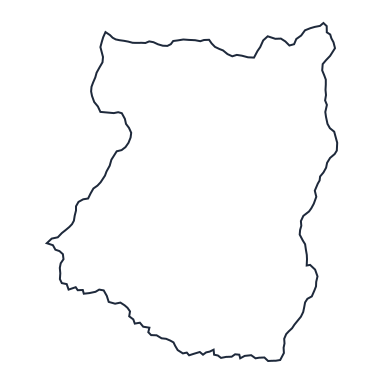 Dracena, São Paulo, Brazil (orthographic projection)
{"feature_id": "56859067B75593552832457", "entity_name": "Dracena", "entity_type": "district", "adm_level": 2, "iso_a3": "BRA", "parent_name": "Brazil", "parent_adm1": "São Paulo", "projection": "orthographic", "projection_center": [-51.588, -21.557], "detail": "fine", "context": "isolated", "style": "outline", "palette": "slate", "viewbox_px": 384, "rotation_deg": 0, "n_neighbors": 0, "source": "geoboundaries", "source_scale": "gbopen_adm2", "svg_char_len": 2859}
<svg xmlns="http://www.w3.org/2000/svg" viewBox="0 0 384 384"><path d="M326.7,26.1L323.4,23.0L320.0,25.9L314.8,26.9L310.3,28.2L305.0,30.3L301.2,35.5L296.3,39.0L294.1,44.2L289.4,45.5L285.3,41.4L280.9,38.6L275.3,38.8L267.7,36.3L263.2,40.4L260.2,47.1L257.5,51.0L254.0,57.6L248.0,57.3L241.9,55.7L236.8,54.9L232.3,56.3L227.5,54.1L223.0,50.4L219.4,49.0L215.0,46.9L211.6,43.4L209.1,39.8L204.0,40.0L200.3,41.2L195.1,40.2L188.8,39.9L183.3,39.5L177.8,40.4L173.2,41.0L170.8,44.2L167.4,45.9L162.8,45.7L158.0,44.3L153.5,42.2L149.2,41.4L145.4,43.0L141.5,42.8L137.4,42.9L132.7,42.8L128.2,41.6L123.9,40.8L119.5,40.2L115.7,39.4L112.6,37.7L110.0,35.1L105.5,32.1L103.2,37.2L101.9,41.5L100.4,47.1L103.0,57.0L102.5,62.3L99.3,67.8L96.6,72.7L95.3,77.4L93.1,82.5L91.5,86.8L91.1,91.4L92.0,95.9L94.2,102.0L97.9,106.5L100.4,111.9L113.8,113.1L118.2,112.2L121.8,113.2L124.9,118.9L126.0,123.9L129.0,127.9L131.2,132.8L130.6,137.5L128.5,142.8L125.5,147.1L121.6,150.1L116.7,151.3L111.4,159.7L109.7,165.7L106.5,171.5L105.0,175.6L100.6,182.3L97.5,185.6L93.4,188.5L90.6,193.4L88.1,198.5L83.2,199.3L78.5,201.9L76.0,206.3L76.0,210.5L74.7,215.7L73.9,220.7L72.0,224.2L69.3,227.0L66.2,229.6L61.8,233.1L57.8,237.3L51.7,238.6L46.8,243.2L52.9,245.2L55.4,249.7L59.5,251.1L62.9,254.2L63.5,259.2L60.7,263.3L59.8,267.9L60.3,273.3L59.9,279.1L61.8,283.1L66.7,284.1L68.6,289.6L75.7,287.2L77.7,290.2L82.8,290.0L83.8,293.7L89.3,293.1L95.5,291.8L99.2,289.6L103.7,290.4L106.8,295.9L108.7,301.9L115.1,303.7L120.4,302.6L124.6,305.3L127.5,307.8L130.0,311.4L129.2,316.3L133.3,319.4L134.8,323.6L139.9,322.7L143.2,326.7L149.4,327.7L148.3,332.2L151.1,335.1L156.6,335.3L161.6,338.3L166.1,338.8L170.3,340.6L173.5,342.4L175.2,345.9L177.7,350.1L182.9,353.4L186.8,352.6L189.1,355.3L193.8,353.8L199.8,352.0L203.0,354.7L206.1,352.4L209.7,351.6L213.6,349.7L214.1,354.7L217.9,355.5L221.0,357.9L226.1,356.9L231.7,356.7L235.1,354.3L239.3,354.7L240.2,358.3L244.7,355.9L251.2,355.2L255.5,358.3L259.1,357.7L264.4,357.5L268.1,361.0L271.7,360.8L276.0,360.7L280.2,360.0L283.9,353.0L283.6,347.7L284.5,343.5L284.2,338.8L286.2,334.1L288.7,331.4L292.1,328.2L294.4,324.7L297.4,321.0L300.9,316.7L303.2,312.0L304.1,307.7L305.1,302.4L307.4,298.8L311.8,296.4L314.3,290.7L316.0,286.4L316.2,281.9L317.5,276.4L315.1,269.6L310.1,264.9L306.7,265.5L307.0,259.2L306.8,254.9L305.9,249.7L305.1,244.2L302.8,240.5L299.7,234.6L300.1,230.0L301.3,225.8L300.9,221.1L303.4,215.8L309.0,211.5L311.3,208.3L313.8,203.7L316.3,196.8L314.8,190.7L317.8,183.6L319.6,180.5L320.1,176.5L323.5,172.4L326.1,167.7L327.1,162.8L330.1,157.9L334.7,154.0L336.8,150.6L337.2,142.8L334.2,131.7L329.9,128.2L327.5,123.9L326.0,116.9L325.3,112.0L326.9,104.9L325.1,100.4L326.0,95.1L325.5,89.9L325.8,84.7L325.8,79.6L324.3,75.5L322.2,70.4L322.7,64.1L326.0,60.2L330.1,55.9L335.0,48.2L333.5,42.3L331.4,38.4L330.2,34.5L326.8,32.3L326.7,26.1Z" fill="none" stroke="#1e293b" stroke-width="2"/></svg>